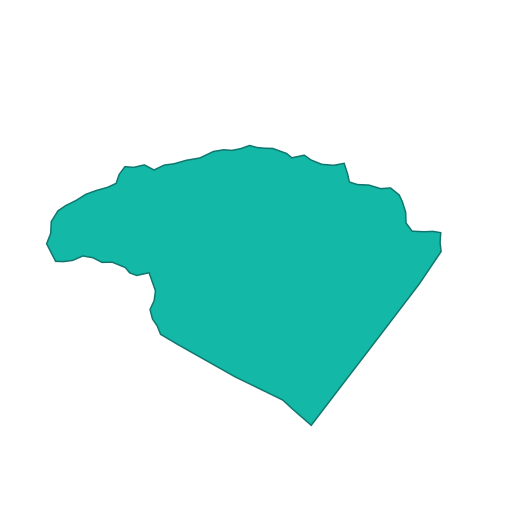 Atalanta, Santa Catarina, Brazil (Equal Earth projection), rotated 49°
{"feature_id": "56859067B17300048958719", "entity_name": "Atalanta", "entity_type": "district", "adm_level": 2, "iso_a3": "BRA", "parent_name": "Brazil", "parent_adm1": "Santa Catarina", "projection": "equal_earth", "projection_center": [-49.763, -27.436], "detail": "fine", "context": "isolated", "style": "filled", "palette": "teal", "viewbox_px": 512, "rotation_deg": 49, "n_neighbors": 0, "source": "geoboundaries", "source_scale": "gbopen_adm2", "svg_char_len": 1101}
<svg xmlns="http://www.w3.org/2000/svg" viewBox="0 0 512 512"><g transform="rotate(49 256 256)"><path d="M216.3,354.7L222.9,362.2L226.9,371.1L235.5,375.4L243.8,376.4L252.6,379.4L271.8,373.0L333.4,351.1L382.3,330.3L395.8,328.8L420.0,325.4L410.7,280.1L396.9,212.5L384.2,151.1L374.1,113.4L366.8,108.4L359.6,101.3L353.4,106.4L348.0,113.2L339.7,121.9L329.5,121.1L321.1,114.3L310.7,109.8L303.8,107.9L292.9,109.8L287.0,117.7L276.5,124.3L268.6,132.6L261.4,137.0L254.5,133.2L243.9,128.7L238.5,137.9L230.0,146.2L219.6,151.5L211.6,153.4L205.4,164.5L198.6,165.7L192.0,169.4L185.8,172.8L180.4,178.7L174.9,184.0L168.4,188.3L164.9,197.2L160.5,204.9L154.7,210.6L149.2,219.5L145.2,234.0L138.0,245.9L132.5,257.6L127.2,265.6L124.2,276.5L114.0,280.5L108.9,290.1L102.6,296.3L104.7,305.8L109.4,313.9L106.8,323.0L101.7,333.7L97.8,343.9L96.0,355.4L93.1,366.6L92.0,375.8L95.7,387.9L104.3,396.2L109.4,406.0L120.7,408.8L128.6,410.7L134.0,404.9L139.0,397.3L142.4,386.6L150.3,380.2L159.8,376.4L166.3,368.6L179.0,362.2L185.9,362.4L192.4,358.8L198.5,347.7L216.3,354.7Z" fill="#14b8a6" stroke="#0f766e" stroke-width="1.5"/></g></svg>